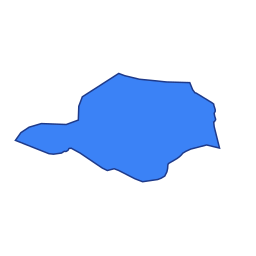 outline of Saint Andrew, rotated 303°
{"feature_id": "DMA-1432", "entity_name": "Saint Andrew", "entity_type": "Parish", "adm_level": 1, "iso_a3": "DMA", "parent_name": "Dominica", "parent_adm1": "", "projection": "natural_earth1", "projection_center": [-61.355, 15.539], "detail": "fine", "context": "isolated", "style": "filled", "palette": "blue", "viewbox_px": 256, "rotation_deg": 303, "n_neighbors": 0, "source": "natural_earth", "source_scale": "10m", "svg_char_len": 1129}
<svg xmlns="http://www.w3.org/2000/svg" viewBox="0 0 256 256"><g transform="rotate(303 128 128)"><path d="M56.3,40.3L65.8,40.7L74.8,44.6L84.5,52.9L97.3,74.3L107.6,82.0L119.4,74.9L129.3,72.7L168.7,90.5L170.1,96.8L175.1,111.0L183.0,126.2L187.5,135.1L199.7,155.1L195.3,161.4L194.0,164.9L194.4,166.2L194.9,185.1L194.7,186.9L194.4,187.1L193.9,187.5L191.1,190.9L190.2,191.6L189.8,191.9L189.3,192.1L189.0,192.1L187.7,192.2L187.4,192.2L187.1,192.4L185.1,194.3L183.7,196.0L183.1,196.7L182.5,197.0L182.2,197.0L181.7,196.9L181.4,196.9L180.8,197.0L180.6,197.1L180.3,197.0L180.0,196.8L179.7,196.6L176.1,199.5L161.0,215.7L156.6,203.2L144.5,192.1L139.9,189.2L136.8,187.7L134.4,187.4L131.9,186.8L129.0,185.7L120.7,181.5L119.7,181.3L118.8,181.5L115.6,183.3L112.4,184.5L107.7,185.0L103.9,183.1L101.0,181.0L90.9,169.5L89.2,161.5L87.3,143.2L86.3,138.6L81.1,133.8L80.4,128.3L80.9,101.3L80.1,91.2L79.7,91.0L79.1,90.0L78.9,89.8L78.6,89.7L78.4,89.6L78.1,89.7L77.8,89.7L77.5,89.8L76.8,89.8L76.3,89.7L74.9,89.0L74.6,88.8L74.3,88.4L73.9,87.6L73.7,87.2L70.8,85.9L65.5,79.8L63.4,75.7L56.3,40.3Z" fill="#3b82f6" stroke="#1e3a8a" stroke-width="1.5"/></g></svg>